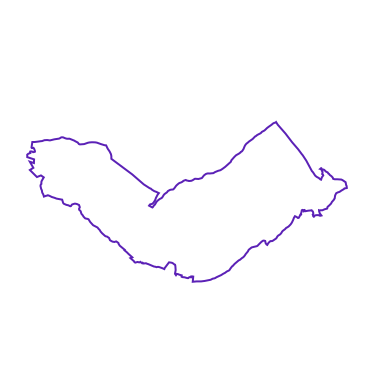 the district of Creteni, Vâlcea, Romania, rotated 75°
{"feature_id": "2599482B89031901268624", "entity_name": "Creteni", "entity_type": "district", "adm_level": 2, "iso_a3": "ROU", "parent_name": "Romania", "parent_adm1": "Vâlcea", "projection": "orthographic", "projection_center": [24.181, 44.701], "detail": "fine", "context": "isolated", "style": "outline", "palette": "violet", "viewbox_px": 384, "rotation_deg": 75, "n_neighbors": 0, "source": "geoboundaries", "source_scale": "gbopen_adm2", "svg_char_len": 6009}
<svg xmlns="http://www.w3.org/2000/svg" viewBox="0 0 384 384"><g transform="rotate(75 192 192)"><path d="M158.1,336.2L157.9,334.0L158.0,333.0L157.8,332.4L158.1,331.6L159.6,329.7L160.4,328.9L162.1,326.2L163.3,324.6L165.8,319.4L169.1,319.3L169.7,319.1L170.2,318.8L171.9,316.7L172.9,314.8L174.1,313.5L174.3,313.0L174.2,312.5L173.2,311.4L173.0,310.9L172.9,308.4L173.1,307.7L173.8,306.3L175.3,304.5L177.6,304.3L178.3,304.8L178.9,305.4L179.9,305.6L181.4,304.7L181.9,304.5L183.8,304.5L184.8,304.3L186.1,303.6L187.6,303.2L189.3,302.3L189.8,302.0L190.4,301.0L191.0,299.7L191.6,299.0L194.6,298.1L198.5,296.1L201.8,292.5L203.8,291.6L204.5,291.1L206.6,290.5L208.6,289.5L212.0,287.3L212.6,286.6L212.9,285.9L213.1,285.6L215.0,284.0L217.3,283.7L218.7,282.4L219.5,281.4L219.8,280.7L220.2,279.8L220.1,278.3L220.2,277.9L221.9,276.5L222.2,276.3L223.1,276.3L225.1,275.7L230.5,271.9L230.8,272.3L233.4,270.5L235.5,269.3L239.6,266.6L239.9,268.6L243.8,266.0L244.9,265.7L245.2,265.3L245.5,265.1L245.5,264.5L245.5,263.9L245.5,262.7L246.2,261.4L246.4,260.6L246.1,260.0L247.8,258.7L247.5,258.0L247.7,257.8L248.3,257.8L248.5,257.4L248.9,254.9L249.3,254.5L250.5,252.7L254.1,248.1L254.8,246.6L255.4,245.8L255.5,244.2L256.1,243.0L258.1,240.1L259.3,238.7L259.1,238.5L258.6,238.3L254.0,232.4L254.6,230.9L255.2,229.7L255.9,228.9L257.8,227.5L257.9,227.2L259.0,227.2L263.2,228.0L266.6,229.6L268.2,229.0L267.2,227.8L267.8,226.6L268.5,225.8L269.9,223.5L270.8,224.0L271.2,224.0L271.8,223.1L272.5,221.2L273.5,219.6L274.1,218.4L274.2,217.8L273.8,217.3L273.7,216.6L273.6,216.4L274.2,214.9L273.7,214.5L273.4,214.5L273.5,213.8L274.0,212.7L278.9,214.5L279.6,210.4L280.7,206.4L281.2,202.8L281.6,196.7L281.1,194.5L281.2,192.6L281.1,191.7L280.7,190.6L279.8,185.3L279.1,183.2L278.6,180.9L277.8,179.0L277.4,176.7L277.0,175.9L275.8,174.6L274.2,172.5L274.0,171.8L272.5,169.5L270.1,164.5L270.0,163.5L268.7,160.7L268.4,159.7L267.9,158.7L266.9,157.3L266.0,156.4L263.8,153.3L263.0,152.7L262.4,152.0L261.0,148.8L261.0,146.4L261.1,143.5L261.0,142.9L260.8,142.4L260.2,141.5L258.3,138.2L257.6,136.6L257.4,135.8L257.7,134.8L258.2,134.0L260.6,134.1L262.1,133.5L262.6,133.0L261.3,131.7L260.6,130.7L259.8,129.1L259.8,128.5L260.1,127.6L260.1,126.9L258.6,122.6L257.0,121.0L256.4,120.0L255.7,117.7L254.7,116.3L253.5,115.1L253.0,114.3L252.0,111.8L251.0,110.2L250.9,109.5L250.3,107.6L248.8,105.1L247.8,103.9L247.1,103.2L245.0,101.4L243.4,100.3L242.0,98.8L243.3,97.3L244.5,96.4L244.6,95.8L244.4,95.3L243.6,94.7L243.1,94.1L242.2,93.5L241.9,93.1L241.9,92.8L242.1,92.6L242.0,92.4L241.1,92.4L240.2,91.7L238.4,90.8L238.1,90.7L237.9,90.3L237.9,90.0L238.3,89.8L238.3,89.6L238.3,89.4L239.0,89.2L238.4,88.7L238.4,88.1L238.5,87.9L239.0,87.8L239.2,88.1L239.4,88.3L239.6,88.3L239.8,88.0L239.9,87.4L240.1,84.8L240.5,82.3L240.6,81.2L241.1,81.1L241.9,80.4L242.5,80.3L243.9,80.3L244.9,80.9L245.1,81.2L245.5,81.1L246.6,81.2L247.4,80.8L247.4,80.5L246.4,79.4L246.6,77.7L247.0,76.0L248.0,74.6L248.2,74.0L248.2,73.1L245.7,74.1L243.3,74.2L242.5,74.0L242.9,73.4L242.9,72.6L243.4,70.8L243.0,68.4L243.0,65.8L242.8,65.6L241.7,65.1L241.3,64.6L240.6,63.1L239.2,60.7L237.9,59.5L236.0,56.7L235.4,56.3L235.2,55.9L232.5,54.7L231.7,54.1L230.5,53.0L230.1,51.1L230.1,50.1L230.0,49.3L229.3,47.4L228.5,44.5L228.2,44.2L228.0,43.8L228.2,42.3L228.2,41.4L226.2,41.1L225.2,41.3L222.3,41.1L219.4,43.6L218.6,44.6L217.4,48.1L216.7,50.7L216.0,52.0L215.7,52.3L214.5,52.3L213.3,53.0L212.8,53.2L211.2,54.5L209.9,55.0L209.5,55.5L208.2,55.9L207.0,57.3L204.8,58.6L204.3,59.3L204.4,59.8L204.3,60.0L203.2,60.8L202.8,60.8L202.4,61.1L202.9,62.2L203.5,61.3L203.8,61.1L205.1,61.1L206.3,60.7L207.0,60.9L208.3,61.6L208.8,61.1L209.9,60.9L211.5,62.8L213.5,64.1L213.1,64.7L211.3,65.9L209.6,67.7L208.0,68.8L204.3,70.0L202.7,70.8L191.3,73.5L185.0,75.6L184.0,76.1L178.2,78.4L169.9,82.4L159.7,86.6L149.1,91.8L146.2,92.7L146.6,93.4L146.5,94.7L146.9,96.3L147.6,97.6L148.9,101.2L149.7,103.1L150.9,105.2L151.4,106.3L152.0,108.9L152.9,110.3L153.1,111.0L153.8,114.2L154.6,116.0L154.7,116.7L156.5,119.7L158.1,124.1L158.7,125.2L159.4,126.9L160.3,128.2L161.4,129.3L163.9,131.2L165.4,132.9L165.7,133.5L166.0,134.6L166.4,135.0L167.1,136.8L167.9,139.9L169.2,142.2L171.6,145.8L172.8,146.6L173.0,146.9L176.3,153.4L177.6,156.7L178.3,158.9L178.3,161.3L178.7,164.5L179.3,166.5L178.7,170.1L178.2,171.7L178.1,172.4L178.2,174.0L178.8,175.5L179.1,176.2L180.9,178.6L181.1,179.0L181.1,180.2L181.1,182.4L180.0,185.6L180.1,186.2L180.8,188.4L181.0,189.8L180.8,190.9L180.6,192.1L180.1,192.9L179.6,194.0L178.8,194.9L178.8,195.3L179.0,197.4L179.6,198.5L180.0,200.4L180.0,201.6L180.3,202.6L181.1,204.3L181.8,205.6L183.6,207.8L184.6,209.3L184.6,210.0L184.3,211.7L184.3,212.8L184.7,214.4L184.9,215.1L185.8,216.2L186.9,219.1L187.5,220.0L189.6,222.2L189.8,222.8L190.0,223.0L190.4,225.0L191.4,227.3L191.9,228.2L192.5,229.0L194.6,231.1L194.6,231.4L195.2,232.3L196.5,233.8L196.7,234.2L196.4,234.6L194.1,237.0L193.2,235.9L193.1,235.5L193.2,233.8L193.0,233.2L192.4,232.0L190.5,229.9L189.5,229.1L188.5,228.5L185.6,225.8L184.5,224.3L182.6,226.5L181.4,228.2L179.5,230.0L178.1,230.9L177.4,231.9L172.2,236.6L159.5,245.2L139.1,261.3L136.4,260.6L134.5,260.5L131.5,261.1L128.4,262.2L124.7,262.9L124.2,264.3L122.0,267.8L119.7,271.1L118.9,272.9L118.0,276.0L117.6,278.2L117.5,279.8L117.8,283.8L117.0,288.0L116.4,288.8L114.6,289.6L112.7,291.7L112.0,292.3L109.2,296.0L108.7,296.8L108.5,298.0L108.0,299.4L107.1,300.8L105.9,302.3L105.5,303.4L105.4,304.2L106.0,306.2L106.0,306.8L105.5,311.3L105.4,315.7L105.3,316.1L104.4,318.2L103.8,320.8L103.8,321.5L104.0,323.7L103.8,324.8L103.5,327.4L103.0,331.0L102.4,333.3L107.5,335.5L108.0,335.4L108.2,335.1L108.3,333.7L109.4,333.3L112.0,333.1L112.5,333.4L112.5,334.0L112.4,335.2L111.7,335.8L111.2,336.8L111.0,337.7L111.5,338.1L112.5,338.1L112.7,340.3L113.3,341.5L115.7,342.1L119.6,336.1L123.1,337.2L120.8,340.8L127.6,339.0L128.8,342.9L137.4,337.9L136.9,333.6L139.5,331.4L142.4,334.3L143.3,334.9L145.2,335.4L145.6,336.1L146.9,336.8L149.9,336.9L151.6,336.6L153.4,336.8L154.4,336.7L155.7,336.3L158.1,336.2Z" fill="none" stroke="#5b21b6" stroke-width="2"/></g></svg>